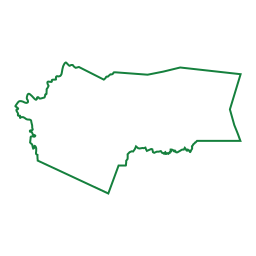 the district of Trinidad de Copan, Copán, Honduras
{"feature_id": "27666195B52553444667575", "entity_name": "Trinidad de Copan", "entity_type": "district", "adm_level": 2, "iso_a3": "HND", "parent_name": "Honduras", "parent_adm1": "Copán", "projection": "equal_earth", "projection_center": [-88.827, 14.944], "detail": "fine", "context": "isolated", "style": "outline", "palette": "green", "viewbox_px": 256, "rotation_deg": 0, "n_neighbors": 0, "source": "geoboundaries", "source_scale": "gbopen_adm2", "svg_char_len": 5350}
<svg xmlns="http://www.w3.org/2000/svg" viewBox="0 0 256 256"><path d="M37.7,160.6L108.3,193.5L118.6,165.5L125.8,165.5L125.9,165.4L126.2,162.3L126.2,160.8L127.6,158.9L127.7,156.6L127.6,154.3L129.6,152.2L131.7,151.3L133.1,151.5L134.8,149.2L136.0,146.4L138.1,148.2L139.6,148.5L142.5,148.0L143.6,148.2L145.4,147.6L146.1,149.5L146.9,150.9L151.2,149.0L152.3,149.3L153.0,152.2L154.2,152.8L156.7,151.7L158.6,151.7L160.8,151.1L162.2,152.9L163.2,153.2L163.8,153.6L163.9,153.3L164.0,152.9L164.8,152.6L165.0,152.4L165.3,152.2L165.5,152.8L165.5,153.5L165.6,153.9L165.8,154.0L166.1,154.0L166.4,153.7L166.6,153.3L167.0,153.1L167.8,153.5L168.2,153.9L168.4,153.8L168.4,153.1L168.8,153.0L169.2,153.0L169.6,152.9L169.5,152.5L169.6,152.3L169.8,152.0L170.9,151.7L171.1,151.4L170.9,150.8L170.5,150.2L170.6,149.5L171.3,149.5L172.5,149.8L172.9,150.0L173.3,150.6L173.8,151.2L174.2,151.4L174.4,151.1L174.4,150.6L174.8,150.5L175.4,151.1L175.8,151.8L176.0,152.2L176.7,152.4L177.5,152.3L178.5,151.7L180.1,150.8L180.9,150.3L181.7,149.8L182.3,149.6L183.8,149.6L184.4,148.5L184.8,147.8L185.7,148.9L186.1,149.8L186.4,150.3L186.7,150.6L187.0,150.6L187.7,149.6L188.0,149.7L188.2,150.3L188.3,150.6L188.9,150.5L189.3,150.5L189.6,151.0L189.8,151.3L189.9,151.9L190.2,152.0L190.7,151.4L190.9,150.6L192.0,148.9L192.2,148.1L192.1,147.5L191.9,146.5L192.1,146.0L192.7,145.6L193.0,144.8L193.5,144.1L194.6,143.3L195.1,142.5L195.7,142.3L197.0,140.9L240.4,140.9L238.1,134.6L237.1,132.0L234.3,125.1L229.9,109.4L240.6,74.2L180.2,67.5L163.3,71.6L147.6,74.7L115.3,72.3L114.8,72.3L114.1,72.3L113.8,72.4L113.6,72.6L113.4,72.8L113.3,73.2L113.1,73.5L112.8,73.8L112.5,74.1L112.1,74.2L111.7,74.4L111.3,74.4L110.8,74.3L110.5,74.3L110.2,74.5L109.6,75.1L108.8,75.7L108.2,76.3L107.9,76.6L107.7,76.7L107.3,76.6L107.0,76.6L106.7,76.6L106.3,76.8L106.1,77.0L105.7,77.8L105.1,78.5L104.5,79.0L103.8,79.6L78.9,67.0L76.2,67.7L75.7,67.8L75.5,67.7L74.9,67.3L74.0,66.6L73.5,66.1L73.0,65.3L72.8,65.1L72.6,65.0L72.4,65.0L71.8,65.0L71.2,65.0L70.9,65.1L70.6,65.3L69.9,65.7L69.7,65.8L69.4,65.7L69.0,65.5L68.3,64.8L67.4,63.9L66.3,62.7L66.1,62.6L65.8,62.5L65.6,62.6L65.3,62.8L65.0,63.0L64.5,63.6L63.8,64.9L63.3,65.9L63.0,66.8L62.4,69.2L62.2,70.4L61.8,72.7L61.6,73.6L61.5,74.1L61.2,74.6L60.9,75.2L60.6,75.6L60.3,75.8L60.1,76.0L59.6,76.2L59.1,76.3L58.6,76.4L58.2,76.4L57.9,76.4L57.4,76.2L57.2,76.2L56.9,76.2L56.5,76.4L56.2,76.7L56.1,76.9L56.0,77.1L56.0,77.5L55.9,78.1L55.9,78.8L56.0,79.3L55.9,79.5L55.3,79.6L52.8,79.7L52.3,79.8L52.1,79.9L51.9,80.1L51.8,80.4L51.8,80.7L51.9,81.2L51.8,81.5L51.7,81.7L51.5,81.9L51.2,81.9L50.5,81.9L49.8,81.8L48.8,81.6L48.6,81.6L48.2,81.6L47.9,81.7L47.7,81.9L47.5,82.1L47.4,82.3L47.4,82.6L47.4,82.9L47.5,83.4L47.7,84.1L47.9,84.6L48.1,85.0L48.4,85.4L48.5,85.5L48.5,85.8L48.5,86.0L48.4,86.2L48.2,86.7L47.7,87.6L47.3,88.3L46.8,88.9L46.7,89.1L46.6,89.4L46.7,90.2L46.6,90.8L46.5,93.7L46.4,94.0L46.2,94.2L45.9,94.1L45.7,94.1L45.4,94.4L45.2,94.7L45.2,95.0L45.0,95.9L44.9,96.3L44.8,96.8L44.4,97.5L41.2,98.4L39.9,98.6L39.6,98.5L39.2,98.3L39.0,98.0L38.7,97.6L38.4,97.3L38.0,97.2L37.6,97.2L37.3,97.4L37.1,97.6L37.0,98.0L37.0,98.4L36.9,98.6L36.9,98.9L36.7,99.2L36.5,99.4L36.2,99.7L35.8,99.7L35.6,99.6L35.3,99.4L34.5,98.8L31.9,96.0L30.2,94.5L29.7,94.1L29.3,93.9L29.0,93.8L28.6,93.8L28.3,93.9L28.0,94.2L27.7,94.5L27.5,94.9L27.3,95.5L27.1,96.2L26.9,96.9L26.8,97.7L26.8,98.3L26.9,98.8L27.0,99.1L27.4,99.6L27.6,100.0L27.8,100.4L27.9,101.0L28.0,101.5L28.0,101.8L27.9,102.1L27.7,102.4L27.3,102.6L26.9,102.8L26.4,102.9L25.8,102.8L25.0,102.6L24.5,102.4L23.1,101.7L22.5,101.5L21.7,101.3L21.0,101.1L20.5,101.1L20.0,101.1L19.6,101.2L19.2,101.3L18.9,101.5L18.5,101.8L18.2,102.1L17.5,103.0L16.7,104.1L16.0,105.1L15.4,106.1L15.6,106.5L16.3,106.9L16.7,107.2L17.9,108.2L18.1,108.5L18.0,108.9L17.8,109.2L17.6,109.4L17.3,109.5L16.9,109.4L16.6,109.5L16.4,110.0L16.4,110.3L16.5,110.7L16.7,111.2L17.1,111.9L17.7,112.8L17.9,113.3L18.0,113.7L18.1,113.9L18.0,114.3L17.9,114.6L17.9,114.9L17.9,115.1L18.0,115.4L18.3,115.7L18.6,115.8L18.9,115.8L19.5,115.7L19.9,115.7L20.0,115.8L20.1,116.0L20.0,116.7L20.0,117.5L20.2,117.9L20.3,117.9L20.8,117.4L21.0,117.2L22.2,117.1L23.0,117.1L23.7,117.4L24.6,117.9L25.3,118.4L26.1,119.0L26.6,119.2L27.1,119.4L27.7,119.5L28.2,119.6L29.1,119.5L29.7,119.7L30.2,119.8L30.7,120.1L30.9,120.3L31.1,120.6L31.2,121.1L31.3,121.8L31.4,122.3L31.9,124.4L32.1,125.1L32.2,126.1L32.2,127.4L32.3,128.0L32.6,129.0L32.7,129.4L32.7,129.6L32.5,129.8L32.2,130.1L31.9,130.2L31.0,130.4L30.4,130.4L30.2,130.5L29.9,130.8L29.9,131.1L29.9,131.3L30.0,131.6L30.2,131.8L30.4,131.8L30.8,131.7L31.1,131.7L31.4,131.8L31.7,132.0L31.8,132.2L32.0,132.5L32.6,133.9L32.9,134.5L33.1,134.7L33.3,134.8L34.0,134.9L34.7,135.2L35.0,135.4L35.2,135.6L35.3,135.8L35.2,136.0L34.9,136.4L34.6,136.6L34.3,136.7L33.9,136.7L33.0,136.4L32.6,136.3L32.3,136.3L31.9,136.4L31.2,136.5L30.8,136.8L30.7,137.0L30.6,137.4L30.6,137.8L30.6,138.5L30.5,139.1L30.3,140.8L30.2,141.8L30.1,142.3L30.1,142.5L30.9,143.4L31.5,143.9L32.0,144.3L32.3,145.1L32.9,147.8L33.1,148.2L33.2,148.6L33.4,148.6L33.7,148.4L34.1,148.0L34.3,147.8L34.4,147.5L34.4,147.2L34.4,146.9L34.3,146.5L34.3,146.3L34.4,146.1L34.5,145.9L34.8,146.0L35.1,146.1L35.3,146.3L35.6,146.7L36.0,147.6L36.1,148.0L36.2,148.4L36.2,150.2L36.2,151.1L36.0,152.6L36.0,153.4L36.1,153.9L36.4,154.2L36.9,154.6L37.5,154.9L37.4,156.2L37.5,157.3L37.5,158.3L37.7,159.8L37.7,160.6Z" fill="none" stroke="#15803d" stroke-width="2"/></svg>